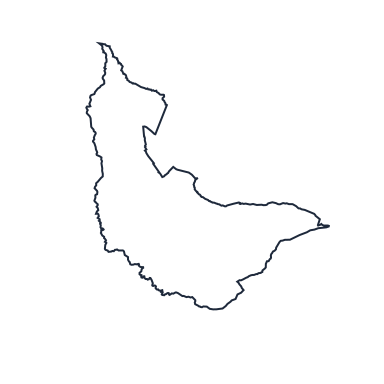 outline of Antonio Ante, Imbabura, Ecuador, rotated 291°
{"feature_id": "8360857B41675882344987", "entity_name": "Antonio Ante", "entity_type": "district", "adm_level": 2, "iso_a3": "ECU", "parent_name": "Ecuador", "parent_adm1": "Imbabura", "projection": "albers", "projection_center": [-78.197, 0.328], "detail": "fine", "context": "isolated", "style": "outline", "palette": "slate", "viewbox_px": 384, "rotation_deg": 291, "n_neighbors": 0, "source": "geoboundaries", "source_scale": "gbopen_adm2", "svg_char_len": 5940}
<svg xmlns="http://www.w3.org/2000/svg" viewBox="0 0 384 384"><g transform="rotate(291 192 192)"><path d="M209.4,331.9L209.4,330.9L207.9,327.1L208.0,325.2L208.5,324.2L207.4,323.5L205.9,321.8L206.2,321.4L212.4,321.1L214.1,315.8L214.7,315.3L215.4,313.9L215.7,303.7L215.1,300.4L215.4,298.9L214.9,297.3L216.1,294.3L216.7,290.3L215.4,286.8L215.4,284.5L214.7,283.4L214.3,281.0L212.0,278.5L211.5,276.8L211.7,274.3L211.2,270.7L208.7,267.2L206.9,266.4L206.2,265.5L205.3,263.4L205.1,261.6L203.1,257.1L202.7,253.3L201.1,250.7L200.4,246.3L199.4,244.5L199.3,242.9L198.1,241.4L198.1,240.8L199.0,240.6L199.0,239.5L195.8,234.8L192.0,229.6L190.8,228.8L190.4,227.8L190.5,225.5L189.8,224.4L190.0,222.8L190.3,222.2L189.9,220.1L190.1,219.5L189.9,218.9L190.0,216.5L189.4,214.8L189.7,214.1L189.6,212.5L190.0,211.9L189.7,211.0L190.3,209.8L190.3,206.8L191.1,204.1L190.8,202.6L191.3,202.1L191.3,201.6L192.1,200.8L192.4,200.0L192.3,199.4L193.0,197.9L193.6,197.5L193.5,196.8L194.1,196.6L194.2,195.7L195.4,193.6L196.9,193.1L197.5,192.2L198.2,192.0L199.6,190.8L200.4,190.9L201.6,190.7L202.7,191.0L204.3,190.7L207.2,192.4L206.4,191.5L205.9,190.0L208.1,185.7L209.0,182.0L207.6,170.5L207.6,169.1L208.7,165.5L203.0,163.1L201.2,162.9L200.7,162.4L199.3,161.8L198.3,160.9L196.6,160.3L195.3,158.9L197.9,155.5L198.3,153.8L198.8,154.0L204.4,145.7L205.2,146.1L209.8,138.3L212.0,135.4L213.2,134.5L213.8,133.2L215.4,134.2L217.1,132.0L217.8,132.3L218.4,131.6L219.8,131.9L223.4,129.4L225.4,128.7L226.9,127.5L226.8,127.3L235.5,123.0L236.2,124.3L236.2,126.2L234.3,132.2L232.7,136.2L232.8,137.1L265.0,137.4L264.1,137.0L264.1,136.0L265.5,135.2L266.3,134.0L267.1,133.4L267.8,131.4L269.0,130.9L271.0,131.8L272.5,131.1L272.6,130.6L271.7,128.3L271.6,126.8L272.4,125.4L272.7,123.3L273.8,122.4L273.0,121.3L272.8,120.6L273.1,119.2L272.2,118.3L272.9,116.9L272.4,116.3L272.6,115.5L272.1,114.4L272.7,113.4L271.8,112.3L272.0,110.4L271.7,106.8L272.8,100.3L272.3,98.8L272.5,98.2L272.0,97.6L272.5,96.4L272.4,94.3L273.1,93.2L273.4,91.4L274.7,90.9L275.0,90.2L275.0,89.4L276.0,89.4L277.2,88.6L277.7,87.8L277.7,86.9L278.1,86.5L277.7,85.6L279.8,83.7L280.2,82.3L284.4,82.3L285.0,81.3L285.3,80.4L286.1,79.8L286.0,79.0L286.7,78.3L286.8,77.9L285.9,77.2L288.2,75.7L288.9,74.5L289.5,74.6L290.0,74.2L290.0,71.5L290.3,70.6L290.1,69.6L291.2,69.4L292.6,68.7L293.0,67.8L294.0,67.5L294.4,66.7L295.0,66.3L297.4,63.3L298.5,63.0L297.9,59.7L298.8,57.8L298.3,56.8L298.3,55.5L297.5,52.0L296.5,55.2L296.0,55.9L294.8,56.7L293.5,56.9L291.9,59.1L291.0,58.9L290.6,59.1L290.8,60.0L290.3,61.8L289.1,62.9L286.6,63.5L285.5,64.5L282.9,65.6L281.1,64.9L278.3,66.0L276.5,65.6L276.2,65.9L276.1,67.2L273.8,66.8L272.5,68.1L271.1,68.6L270.3,68.5L268.4,67.6L266.6,67.6L265.8,68.1L264.6,70.0L261.9,71.2L261.0,70.9L258.4,68.8L256.8,68.5L254.8,67.0L250.4,65.6L249.0,65.8L248.4,65.7L246.3,63.2L245.6,62.8L243.8,62.9L241.8,64.7L237.6,64.6L235.6,66.4L234.8,65.3L234.2,63.4L233.0,63.1L232.2,63.7L231.1,65.3L229.6,65.1L228.4,65.3L227.8,65.6L226.0,69.4L224.5,70.9L216.9,74.5L216.3,75.1L215.0,77.7L213.5,78.6L213.2,80.2L212.6,80.9L211.9,81.2L210.2,80.9L207.6,80.9L206.2,81.9L204.4,81.3L203.6,81.5L202.6,83.3L199.5,85.9L197.4,87.0L195.4,89.0L194.8,89.4L193.4,89.2L192.8,89.5L192.4,89.9L192.2,93.4L191.8,95.1L189.8,95.6L188.6,96.9L186.3,97.2L182.0,99.7L179.6,100.5L177.0,102.2L174.5,103.1L172.5,102.0L167.6,100.3L166.2,99.5L165.7,99.4L163.9,100.2L162.1,99.6L160.6,99.7L159.0,103.0L158.1,103.7L155.9,104.2L155.0,103.2L154.3,102.9L152.0,103.9L148.9,104.0L148.2,104.7L148.1,105.5L147.2,107.1L146.9,108.2L146.3,108.6L145.6,108.7L144.0,108.2L143.2,109.8L141.4,111.0L139.8,110.2L137.3,110.2L138.0,111.8L137.6,112.6L136.0,113.7L134.0,113.2L133.5,115.5L132.5,116.0L131.7,115.5L130.7,117.8L130.2,118.0L129.6,117.5L129.3,117.6L128.4,118.7L126.3,119.2L125.7,120.1L124.7,120.7L124.7,121.0L125.9,121.7L125.4,122.9L124.9,122.8L123.9,121.4L123.3,121.1L122.1,121.6L121.1,121.6L119.2,123.9L118.7,126.0L117.4,126.5L117.1,127.5L116.1,129.0L114.3,128.6L114.2,129.7L113.8,130.3L111.6,130.0L107.8,131.0L107.3,131.5L107.0,132.1L107.1,134.3L106.2,135.5L107.4,137.9L108.4,138.8L108.7,140.2L110.4,140.8L110.8,141.8L111.5,142.6L111.1,144.4L112.6,148.2L112.6,148.9L112.1,149.8L109.1,151.8L108.3,155.6L105.9,156.5L104.5,158.1L104.3,158.9L102.4,160.3L102.4,161.7L103.2,163.3L104.2,164.4L104.6,166.1L105.8,168.0L105.4,168.5L104.3,168.6L103.7,169.9L103.6,171.1L104.3,173.3L103.7,173.6L102.8,173.0L101.8,172.7L99.7,173.1L97.8,172.0L96.4,172.5L96.1,173.5L96.3,174.5L95.0,174.8L94.1,175.4L94.2,176.4L94.8,176.9L95.8,176.8L96.2,177.7L95.9,177.9L95.3,177.5L94.4,179.2L94.2,179.9L94.7,181.2L94.3,182.0L95.1,183.0L96.6,183.3L96.8,184.0L95.4,185.8L92.8,188.1L90.7,188.3L90.3,188.8L90.4,189.5L91.2,190.3L91.4,191.4L90.9,192.2L89.3,192.4L88.9,192.9L88.4,194.2L88.9,195.3L88.3,196.0L88.6,197.7L87.6,198.6L87.7,198.9L89.5,199.1L89.7,199.4L87.6,200.7L85.7,200.4L85.2,201.1L85.7,203.1L86.8,203.5L87.4,204.4L88.7,205.2L89.2,205.9L89.2,206.6L88.0,207.4L87.9,208.0L90.1,209.5L90.4,211.0L92.3,212.6L92.6,213.4L92.6,215.1L91.4,220.3L92.0,221.5L91.9,224.5L93.0,226.3L93.0,228.4L94.0,229.9L92.2,233.8L91.4,234.2L89.8,234.2L88.4,235.2L88.1,238.3L87.7,239.5L88.0,240.3L87.7,241.0L88.0,242.6L89.2,243.6L90.3,246.9L89.3,250.4L90.0,253.8L91.1,256.6L94.2,262.3L97.7,264.4L100.2,265.2L103.4,267.3L105.0,267.9L107.7,271.0L112.7,271.2L115.5,273.9L118.9,275.3L120.3,272.8L121.5,271.8L122.8,269.3L123.8,268.2L124.5,266.4L126.7,268.0L127.1,269.4L128.6,270.9L131.6,273.5L132.4,274.5L133.7,275.2L135.4,276.9L136.4,278.5L136.7,279.5L138.4,281.4L138.8,282.5L140.0,283.1L141.1,285.2L141.7,285.4L142.5,286.3L144.0,285.9L146.8,287.5L148.0,287.9L151.4,286.7L154.2,286.8L154.9,288.3L157.2,288.7L158.0,289.3L159.0,289.3L161.2,288.3L162.8,288.3L163.7,288.7L165.4,288.9L166.7,290.1L168.5,290.9L170.3,290.5L171.2,290.7L176.5,291.6L178.2,292.3L179.1,294.0L180.7,295.9L182.5,300.5L190.4,307.9L195.6,313.7L198.6,316.1L200.8,319.8L203.5,322.9L207.1,330.0L208.8,332.0L209.4,331.9Z" fill="none" stroke="#1e293b" stroke-width="2"/></g></svg>